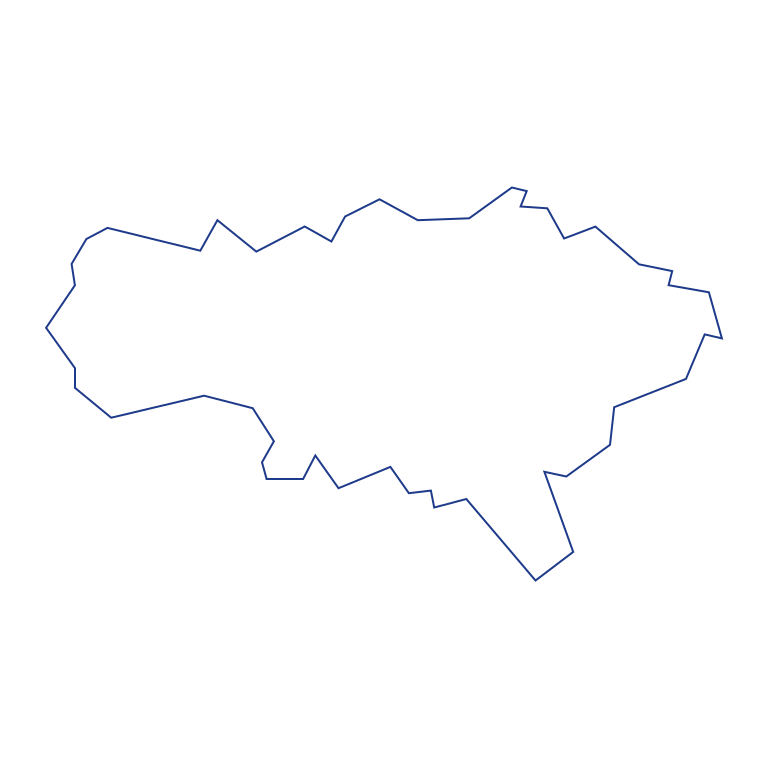 Saratov, Albers equal-area conic projection
{"feature_id": "RUS-2393", "entity_name": "Saratov", "entity_type": "Region", "adm_level": 1, "iso_a3": "RUS", "parent_name": "Russia", "parent_adm1": "", "projection": "albers", "projection_center": [46.661, 51.31], "detail": "coarse", "context": "isolated", "style": "outline", "palette": "blue", "viewbox_px": 768, "rotation_deg": 0, "n_neighbors": 0, "source": "natural_earth", "source_scale": "10m", "svg_char_len": 721}
<svg xmlns="http://www.w3.org/2000/svg" viewBox="0 0 768 768"><path d="M708.9,292.3L721.9,338.4L704.7,334.4L686.0,378.9L614.2,407.2L610.0,444.8L566.3,476.5L544.4,471.8L573.2,551.9L535.5,580.5L466.3,499.0L434.2,507.5L430.9,490.6L408.9,493.2L390.4,466.9L338.5,488.2L315.3,455.5L303.1,479.0L266.6,479.0L262.0,462.3L273.9,441.3L252.7,408.2L204.0,395.7L111.2,417.7L75.0,387.9L75.0,368.2L46.1,327.8L74.9,285.3L71.6,263.9L86.4,239.0L107.4,227.9L200.3,250.7L217.4,220.2L256.3,251.6L304.7,226.5L331.4,241.5L345.1,216.5L379.5,199.3L417.8,220.2L469.2,218.3L511.9,187.5L526.7,191.1L520.6,206.5L547.3,208.3L564.1,238.5L595.4,226.6L639.0,264.3L672.2,271.1L668.6,285.2L708.9,292.3Z" fill="none" stroke="#1e3a8a" stroke-width="2"/></svg>